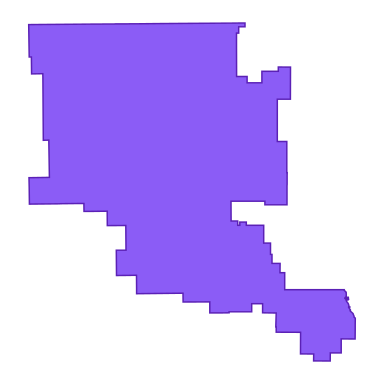 outline of Leonora, Western Australia, Australia
{"feature_id": "25037944B70988604830145", "entity_name": "Leonora", "entity_type": "district", "adm_level": 2, "iso_a3": "AUS", "parent_name": "Australia", "parent_adm1": "Western Australia", "projection": "albers", "projection_center": [121.72, -28.394], "detail": "fine", "context": "isolated", "style": "filled", "palette": "violet", "viewbox_px": 384, "rotation_deg": 0, "n_neighbors": 0, "source": "geoboundaries", "source_scale": "gbopen_adm2", "svg_char_len": 3242}
<svg xmlns="http://www.w3.org/2000/svg" viewBox="0 0 384 384"><path d="M245.0,23.0L241.7,23.0L234.5,23.1L218.1,23.2L185.2,23.4L157.2,23.6L137.3,23.8L135.3,23.8L133.9,23.8L130.5,23.8L127.1,23.9L125.7,23.9L123.7,23.9L122.3,23.9L120.3,23.9L118.9,23.9L115.5,23.9L114.1,24.0L113.4,24.0L112.8,24.0L111.4,24.0L108.0,24.0L103.9,24.0L100.5,24.1L96.4,24.1L92.9,24.1L92.5,24.1L92.3,24.1L40.3,24.5L28.7,24.6L29.2,57.0L31.4,57.0L31.6,73.9L42.8,73.7L42.9,77.3L43.0,93.7L43.3,139.6L43.3,140.3L45.5,140.2L46.6,140.2L48.8,140.1L49.4,177.4L29.0,177.7L29.2,187.3L29.4,203.8L29.4,204.1L59.4,203.8L60.5,203.7L78.3,203.5L83.9,203.5L84.0,211.4L89.9,211.4L107.2,211.2L107.3,225.6L125.8,225.5L126.0,250.2L116.3,250.2L116.5,275.5L128.1,275.4L134.3,275.3L136.5,275.3L136.6,288.0L136.6,290.2L136.6,292.5L136.6,293.7L183.0,293.2L183.1,302.0L209.8,301.9L209.8,312.9L213.2,312.9L215.4,312.9L217.6,312.9L219.8,312.9L220.8,312.9L221.2,312.9L221.8,312.9L229.1,312.8L229.1,311.8L251.7,311.8L251.7,303.7L262.6,303.7L262.6,312.8L276.2,313.0L275.8,326.9L276.2,326.9L276.2,332.2L300.6,332.3L300.5,353.9L313.7,354.0L313.6,360.9L330.2,361.0L330.3,352.9L333.0,352.9L341.2,352.9L341.2,351.1L341.2,338.9L355.1,339.0L355.2,329.8L355.2,327.6L355.2,324.8L355.3,318.7L355.1,317.9L354.2,317.4L354.1,316.5L353.7,315.2L353.2,314.4L353.2,313.9L352.9,313.4L352.1,312.7L351.5,312.1L350.8,311.6L350.3,311.1L350.1,310.5L350.5,310.1L350.3,309.7L349.8,309.2L349.3,308.1L349.6,307.9L349.8,307.4L349.8,306.9L349.6,306.9L349.3,307.3L349.4,307.9L349.1,307.9L348.8,307.8L348.6,307.4L348.7,306.7L348.7,306.2L348.9,305.8L348.8,305.2L348.3,303.7L347.5,302.5L346.6,301.5L346.5,300.9L346.1,300.2L346.1,299.8L346.6,299.8L347.6,300.0L348.1,299.9L348.6,299.4L348.6,299.1L348.4,298.7L348.3,298.4L348.4,297.9L348.3,297.4L348.2,297.2L347.8,297.3L347.8,297.8L348.0,298.0L348.0,298.4L348.1,298.9L347.9,299.4L347.2,299.6L346.9,299.4L347.1,299.1L347.5,299.2L347.5,298.3L347.5,297.8L347.3,297.5L347.0,297.6L346.7,298.0L346.9,298.2L346.8,298.5L346.8,298.9L346.7,299.3L346.0,299.1L345.5,299.0L345.2,298.6L344.8,298.3L344.9,297.9L345.2,297.6L345.5,297.6L345.5,297.9L345.6,298.3L345.9,298.3L345.9,297.9L345.7,297.5L345.7,297.0L346.4,296.7L346.4,296.1L346.2,295.5L346.3,294.1L346.2,293.3L346.1,292.6L346.2,292.2L345.7,291.9L344.9,290.9L344.3,290.4L344.1,290.3L344.0,290.1L343.9,289.9L344.0,289.7L322.2,289.7L318.1,289.7L299.0,289.7L287.4,289.7L284.7,289.7L284.7,284.2L284.7,272.7L280.0,272.7L280.1,263.4L275.5,263.4L272.0,263.4L272.0,254.4L270.5,254.4L270.5,243.1L263.7,243.1L263.7,225.3L246.3,225.3L246.3,222.1L239.8,222.1L239.8,225.3L237.7,225.3L237.7,221.0L231.1,221.0L231.0,201.8L231.0,201.2L240.0,201.2L264.9,201.2L264.9,204.8L268.2,204.8L269.3,204.8L270.4,204.8L272.5,204.8L276.0,204.8L287.0,204.8L287.0,192.9L287.0,188.2L287.0,185.8L287.1,184.4L287.1,181.6L287.1,180.2L287.1,175.0L287.2,172.7L286.8,172.7L286.8,141.5L277.3,141.5L277.3,99.2L290.4,99.2L290.5,67.1L286.1,67.1L278.3,67.0L278.3,71.3L262.6,71.3L262.3,71.3L261.9,71.3L261.9,76.5L261.9,82.8L259.9,82.8L257.9,82.8L255.8,82.8L254.5,82.8L252.5,82.8L251.1,82.8L249.1,82.8L247.1,82.8L247.1,76.5L244.6,76.5L238.3,76.5L237.2,76.5L236.6,76.5L236.5,47.0L236.5,33.1L238.7,33.1L238.7,26.8L245.0,26.8L245.0,23.0Z" fill="#8b5cf6" stroke="#5b21b6" stroke-width="1.5"/></svg>